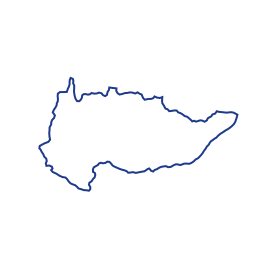 the district of Marilândia, Espírito Santo, Brazil, rotated 312°
{"feature_id": "56859067B58826799202439", "entity_name": "Marilândia", "entity_type": "district", "adm_level": 2, "iso_a3": "BRA", "parent_name": "Brazil", "parent_adm1": "Espírito Santo", "projection": "mercator", "projection_center": [-40.514, -19.428], "detail": "fine", "context": "isolated", "style": "outline", "palette": "blue", "viewbox_px": 256, "rotation_deg": 312, "n_neighbors": 0, "source": "geoboundaries", "source_scale": "gbopen_adm2", "svg_char_len": 2849}
<svg xmlns="http://www.w3.org/2000/svg" viewBox="0 0 256 256"><g transform="rotate(312 128 128)"><path d="M211.1,200.4L210.1,196.2L208.7,194.0L205.2,190.8L203.8,188.8L200.8,184.7L199.9,182.8L197.0,183.1L194.6,181.7L192.2,182.1L190.3,181.3L188.5,180.8L186.6,181.5L184.0,180.8L183.1,178.1L182.0,176.5L180.2,175.5L178.2,174.2L177.6,172.3L175.9,171.3L176.1,169.0L176.0,166.8L176.0,164.6L174.8,162.1L174.6,159.0L174.1,156.9L173.2,154.9L173.5,152.4L172.1,150.7L169.8,148.9L168.1,147.4L168.4,144.9L167.5,142.8L168.7,139.6L169.4,136.9L170.9,135.2L173.9,132.8L171.6,131.6L170.0,129.2L169.2,126.6L167.1,126.8L165.2,125.8L163.0,123.5L160.2,121.5L160.4,119.1L161.2,117.4L162.0,115.7L161.2,113.7L160.9,111.3L158.5,110.3L157.2,107.5L155.5,105.3L153.9,104.3L152.0,102.4L149.5,101.0L147.2,99.3L146.9,97.0L147.7,94.5L149.7,92.9L148.3,90.9L147.2,89.4L145.6,87.0L143.4,88.4L141.1,88.7L138.6,90.2L136.4,89.7L135.7,87.3L136.1,85.1L134.9,82.8L132.8,81.7L131.0,80.0L129.6,77.5L127.5,77.1L126.0,75.9L125.0,74.1L123.7,72.5L121.6,72.1L119.9,73.3L117.8,74.0L115.4,73.9L113.9,72.2L114.5,69.8L115.6,67.8L117.0,65.8L119.2,63.2L121.3,61.6L123.5,59.7L124.6,57.2L126.3,56.0L127.6,54.3L126.8,51.9L125.0,52.5L123.3,53.6L121.5,55.3L119.0,56.5L117.0,57.0L113.9,58.4L111.3,55.8L109.2,53.4L106.6,52.9L104.7,54.3L102.6,56.6L100.6,58.1L98.8,58.5L97.2,59.7L94.7,60.4L92.1,60.7L89.3,61.6L88.5,65.2L85.8,66.4L83.4,66.2L80.9,67.1L79.3,68.5L76.0,69.3L73.7,71.3L71.7,72.7L68.9,75.6L67.2,77.9L64.4,78.1L60.4,76.1L58.5,75.4L55.6,74.4L53.6,75.7L53.4,77.7L52.5,79.8L51.8,82.8L50.7,84.7L50.5,87.8L49.0,89.8L46.8,90.5L45.3,92.7L47.5,94.7L48.3,97.4L47.3,99.1L45.3,99.0L44.9,101.4L46.1,105.3L46.7,109.1L47.7,112.1L49.4,114.8L49.2,117.2L48.6,119.7L48.4,122.2L49.1,124.6L50.1,126.8L50.2,129.5L49.9,131.6L51.1,134.0L52.4,136.9L54.1,139.0L55.2,140.9L57.2,140.9L58.8,139.6L59.7,137.0L61.5,135.9L64.1,136.6L66.7,136.1L68.8,136.3L71.4,135.0L72.4,133.3L72.0,131.4L73.7,129.7L75.8,128.9L78.3,129.7L80.5,130.4L82.3,130.2L84.0,131.1L85.0,133.0L87.0,134.6L89.1,135.1L90.4,136.9L90.2,139.6L89.8,141.6L90.2,143.6L90.8,145.5L91.4,147.3L92.1,149.4L93.0,151.4L94.3,153.9L95.0,155.9L94.9,158.1L96.4,159.5L98.6,161.3L99.8,163.8L101.8,165.3L104.9,167.6L106.7,169.1L108.5,169.6L110.5,170.0L112.1,170.8L111.7,173.9L112.5,175.8L114.6,175.9L116.9,177.1L119.2,177.7L121.4,178.7L123.3,180.2L125.1,181.8L125.7,184.0L127.8,185.9L130.8,186.8L133.1,187.9L134.4,189.6L135.4,191.6L137.3,192.7L139.0,193.5L140.9,195.5L142.3,197.4L144.2,198.4L147.3,199.2L149.8,199.3L152.5,200.3L155.2,200.4L157.3,200.4L159.6,200.2L162.0,199.7L164.2,199.6L167.1,199.0L169.5,199.2L171.5,198.7L173.7,198.5L175.4,199.0L178.2,199.5L179.9,200.1L182.4,200.1L185.5,200.5L187.7,201.2L189.7,201.7L191.8,202.2L194.0,203.0L195.7,203.4L198.6,203.9L201.7,204.1L204.4,203.6L206.1,202.8L207.9,202.1L211.1,200.4Z" fill="none" stroke="#1e3a8a" stroke-width="2"/></g></svg>